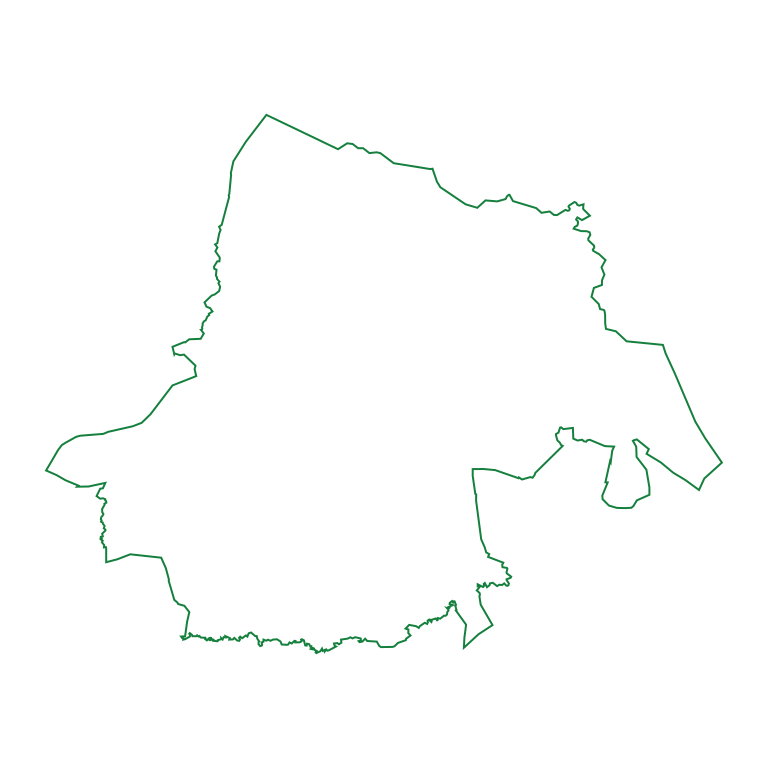 Pilskalnes pag., Ilukstes, Latvia (Mercator projection)
{"feature_id": "27541924B27869774181069", "entity_name": "Pilskalnes pag.", "entity_type": "district", "adm_level": 2, "iso_a3": "LVA", "parent_name": "Latvia", "parent_adm1": "Ilukstes", "projection": "mercator", "projection_center": [26.24, 56.006], "detail": "fine", "context": "isolated", "style": "outline", "palette": "green", "viewbox_px": 768, "rotation_deg": 0, "n_neighbors": 0, "source": "geoboundaries", "source_scale": "gbopen_adm2", "svg_char_len": 6115}
<svg xmlns="http://www.w3.org/2000/svg" viewBox="0 0 768 768"><path d="M181.1,636.5L182.3,638.2L183.6,638.5L183.3,639.6L185.1,639.2L189.9,636.5L190.0,634.0L189.3,633.7L189.8,633.1L192.0,634.9L192.4,636.2L196.3,636.2L197.1,635.3L198.4,636.5L200.2,635.6L199.5,636.4L201.0,637.6L205.3,637.7L205.7,638.3L205.2,639.1L206.9,640.4L208.3,639.0L209.2,639.8L209.8,638.9L209.3,638.2L210.2,637.8L211.1,638.0L210.9,639.8L212.3,639.2L213.2,639.6L212.5,640.3L212.8,640.7L217.2,641.3L217.9,640.8L217.8,640.2L221.3,639.2L221.2,638.1L222.6,639.5L223.6,637.2L225.7,637.4L225.4,636.1L229.8,638.1L229.3,639.6L233.0,639.4L234.3,637.9L237.0,640.4L239.1,640.9L240.0,639.6L239.1,637.8L240.2,636.7L242.2,638.2L245.9,635.4L247.4,636.6L248.7,633.3L251.0,632.5L255.4,636.2L256.7,636.1L257.3,638.7L259.1,641.3L258.7,641.5L258.5,644.0L260.2,646.1L261.8,645.5L262.1,644.7L261.6,642.4L263.4,641.8L263.5,639.6L266.3,640.7L268.0,639.7L270.5,640.8L272.9,639.6L277.0,639.3L280.5,641.5L281.7,644.5L286.9,644.8L288.1,644.6L289.5,642.4L291.8,643.5L294.5,640.8L295.6,641.1L295.4,642.4L299.7,642.3L301.6,641.3L301.1,639.6L301.8,639.2L303.9,640.3L305.2,645.4L306.6,645.6L307.0,643.7L309.1,644.1L310.4,646.6L311.3,646.3L311.4,648.0L310.7,648.9L312.6,649.3L312.8,648.0L314.1,648.5L314.4,649.7L316.7,651.0L315.6,652.2L316.3,653.1L320.3,651.3L322.0,648.6L322.8,650.9L324.3,650.1L324.7,651.5L326.2,649.4L327.4,650.7L329.1,650.2L336.0,646.5L334.7,645.8L334.0,643.5L337.4,643.1L338.9,644.3L341.4,642.7L341.0,639.6L347.7,638.6L350.4,637.3L352.5,638.4L355.2,637.2L360.7,638.5L360.9,640.6L358.7,641.1L359.5,642.1L362.3,641.6L365.2,638.7L367.2,641.0L376.8,641.6L379.3,646.0L381.0,647.1L392.5,646.9L394.5,646.3L398.0,642.9L405.8,640.2L406.2,638.6L410.5,635.5L408.3,633.1L408.4,629.5L405.6,628.6L409.2,624.9L416.1,626.2L418.8,627.9L419.9,626.1L424.7,622.8L427.2,623.9L427.9,622.2L427.6,620.7L429.3,619.5L430.1,619.7L430.0,620.7L431.4,622.0L431.7,621.1L431.3,619.9L435.6,618.5L437.1,620.3L437.7,619.9L437.3,618.5L437.7,618.0L440.2,618.7L444.1,615.6L445.5,615.8L447.0,614.5L447.3,611.9L448.4,610.8L448.3,609.6L447.1,608.2L448.6,608.7L449.4,607.8L448.4,607.1L452.7,605.1L449.6,604.0L449.8,602.8L452.1,601.0L453.1,602.5L453.8,601.3L454.6,601.4L456.0,605.0L455.3,605.7L456.5,610.0L455.8,610.4L466.1,624.7L464.4,637.7L463.9,647.7L478.6,634.2L492.5,625.1L480.7,604.7L479.4,596.2L479.9,594.9L479.6,593.0L476.8,590.4L479.6,587.0L477.7,586.4L477.7,584.3L483.1,587.0L483.9,586.2L483.8,583.8L484.8,583.0L487.0,587.2L489.6,585.1L489.9,583.4L492.8,582.8L497.1,586.1L499.4,584.7L502.0,585.1L504.2,583.4L506.3,585.6L507.5,585.8L508.4,585.3L508.9,583.4L506.6,580.1L506.6,579.3L510.6,577.8L511.2,576.7L506.8,573.4L506.5,572.3L507.4,568.8L506.9,567.9L502.5,567.2L502.2,564.8L503.3,562.7L488.1,556.9L489.2,554.1L486.2,552.4L484.7,547.3L481.2,539.3L476.1,500.7L476.2,494.4L475.3,493.9L472.7,475.8L472.7,469.1L483.4,469.0L495.2,470.1L518.5,478.2L518.9,477.4L522.0,479.5L530.2,477.1L532.6,477.7L534.5,475.2L535.3,472.9L562.7,445.9L561.1,445.0L559.7,442.5L557.4,440.4L555.9,435.0L555.9,434.2L558.5,432.6L560.0,427.7L561.0,427.3L563.4,429.1L572.9,427.9L573.3,438.6L577.5,440.5L582.2,439.7L583.9,441.3L586.2,441.7L587.5,440.2L589.8,439.8L604.8,446.1L614.1,446.6L612.2,450.8L610.7,462.3L610.1,461.1L605.4,482.3L607.7,482.4L602.3,495.6L602.6,499.2L609.0,505.6L616.9,507.9L625.2,508.1L631.3,507.8L633.4,506.1L636.8,500.4L649.4,494.8L649.4,487.5L646.4,469.7L636.6,457.0L636.2,446.6L632.9,440.8L633.8,440.3L636.8,439.4L648.8,449.1L646.6,453.8L660.9,462.5L673.2,472.7L685.6,480.2L699.0,490.0L704.3,478.5L721.9,462.6L705.2,438.3L695.3,421.6L674.9,373.6L665.6,353.4L662.9,344.9L626.6,341.3L615.9,331.3L606.0,328.9L605.2,323.4L605.1,314.6L604.5,310.9L603.7,309.9L600.1,309.1L598.7,304.0L591.5,296.8L593.9,287.9L601.9,285.0L602.0,280.3L604.4,274.6L601.5,267.3L605.5,260.1L599.1,254.2L593.2,250.8L592.8,249.6L594.2,247.8L594.1,245.7L588.4,240.3L588.2,238.6L590.3,234.9L589.6,232.3L586.6,231.2L581.2,231.1L573.7,228.7L574.7,226.9L577.3,225.6L577.9,223.9L577.9,221.4L576.1,219.5L577.4,217.4L582.0,220.1L589.9,215.7L583.4,209.3L583.1,208.3L583.5,204.3L579.2,205.6L577.3,204.8L576.3,202.9L574.5,202.0L568.9,205.7L568.5,206.6L569.8,208.7L569.3,210.2L567.8,210.8L565.4,209.9L557.0,215.1L553.8,214.9L549.7,211.5L541.5,212.8L536.2,208.1L513.0,201.1L509.5,194.8L508.8,194.8L507.1,196.2L505.5,199.1L497.1,201.4L485.5,200.4L477.3,207.8L465.6,204.3L440.4,187.3L437.0,181.8L432.5,168.7L430.4,169.1L393.7,163.2L380.3,153.1L376.6,152.3L369.4,153.1L363.1,148.2L358.1,148.2L352.6,144.0L347.2,143.3L338.0,149.2L266.4,114.9L245.8,141.8L233.4,161.3L230.8,173.3L231.1,174.9L229.3,194.0L228.7,195.4L229.1,197.0L221.7,224.9L219.1,226.7L220.6,229.9L219.2,233.5L217.3,243.2L215.1,244.4L217.4,247.5L215.4,251.3L219.7,257.5L219.7,259.4L219.4,261.3L217.3,261.3L214.0,266.6L214.1,268.0L214.4,268.9L216.5,269.7L215.9,275.7L216.9,277.1L217.0,278.9L219.5,281.7L218.4,283.3L220.1,286.6L219.2,291.0L214.8,294.4L211.6,295.6L204.5,302.4L206.5,306.7L210.1,308.1L212.5,311.5L208.8,313.8L209.2,315.1L207.3,316.6L205.7,320.3L204.0,321.3L202.6,323.4L202.7,325.0L202.0,327.7L202.3,328.7L201.8,329.8L201.0,329.9L203.8,333.5L200.7,338.8L189.2,339.3L185.2,342.4L184.2,342.1L172.5,346.8L174.3,354.4L174.8,353.5L180.2,355.2L184.0,354.6L195.5,365.7L194.6,369.1L196.2,376.1L172.5,385.4L150.6,414.1L141.7,422.8L132.6,426.3L108.3,431.8L103.2,433.9L80.4,435.7L76.2,436.8L65.6,442.7L61.8,445.1L58.1,450.0L46.1,470.5L56.6,475.1L65.6,480.3L78.4,485.6L77.2,486.7L88.6,486.5L105.3,482.9L102.9,488.3L100.2,488.7L96.6,496.1L100.2,498.7L103.1,498.3L105.3,499.2L105.2,500.3L106.0,501.0L106.4,502.6L104.4,503.7L104.6,504.7L102.1,509.1L102.3,512.5L103.3,513.7L103.3,514.7L101.2,517.3L100.8,519.2L101.6,520.3L101.0,521.7L102.7,522.5L102.9,523.8L104.6,525.9L103.8,528.3L105.4,529.6L105.4,530.6L102.2,533.6L102.8,536.4L101.0,536.8L101.7,538.4L100.5,538.4L100.4,539.0L102.7,540.8L101.9,542.3L104.2,545.1L104.0,547.4L105.8,547.1L106.2,548.2L106.2,562.2L117.3,559.3L130.3,554.3L161.2,557.7L165.9,568.3L168.9,579.5L168.7,580.8L174.3,599.9L177.4,602.5L178.1,604.0L184.4,605.8L189.3,612.1L187.1,621.7L185.1,636.3L181.1,636.5Z" fill="none" stroke="#15803d" stroke-width="2"/></svg>